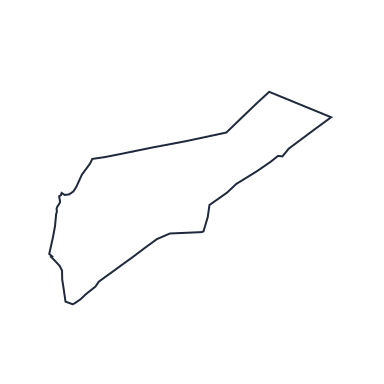 the district of El Mejrya, Tagant, Mauritania, rotated 74°
{"feature_id": "47542326B50345645287156", "entity_name": "El Mejrya", "entity_type": "district", "adm_level": 2, "iso_a3": "MRT", "parent_name": "Mauritania", "parent_adm1": "Tagant", "projection": "equal_earth", "projection_center": [-12.048, 17.981], "detail": "fine", "context": "isolated", "style": "outline", "palette": "slate", "viewbox_px": 384, "rotation_deg": 74, "n_neighbors": 0, "source": "geoboundaries", "source_scale": "gbopen_adm2", "svg_char_len": 997}
<svg xmlns="http://www.w3.org/2000/svg" viewBox="0 0 384 384"><g transform="rotate(74 192 192)"><path d="M117.0,90.2L124.4,105.0L135.0,125.1L144.3,142.6L141.4,184.4L138.4,216.5L135.7,251.1L134.4,266.4L132.7,278.7L136.6,282.2L145.1,293.2L154.9,301.5L158.8,305.9L160.4,310.7L159.8,315.1L157.0,317.6L158.9,318.8L159.5,320.9L165.2,321.5L167.0,323.1L168.5,325.0L170.5,326.7L174.0,327.4L175.6,328.6L187.3,333.2L197.3,338.2L212.2,346.3L215.3,344.2L215.6,345.4L217.3,344.3L226.7,339.5L229.2,339.1L231.7,338.6L235.5,339.6L240.4,340.9L247.7,341.8L262.5,343.8L267.0,337.7L266.6,335.4L264.4,328.7L260.9,322.0L256.2,310.7L252.5,306.4L249.1,297.0L246.1,288.6L242.8,279.7L238.2,266.9L234.9,258.3L232.6,252.4L227.6,238.7L226.2,227.8L225.8,224.6L228.9,211.8L233.2,193.8L233.0,191.8L220.5,183.8L209.3,178.8L202.3,158.6L197.3,148.8L196.5,147.4L194.8,141.2L190.1,124.5L184.6,108.0L181.0,99.3L182.7,95.3L178.8,89.6L177.0,87.1L165.7,57.2L158.5,37.7L117.0,90.2Z" fill="none" stroke="#1e293b" stroke-width="2"/></g></svg>